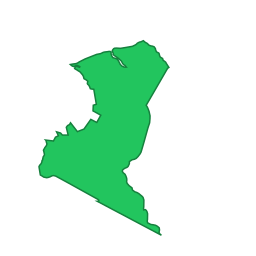 Kinabatangan, Sabah, Malaysia (Equal Earth projection), rotated 299°
{"feature_id": "92858781B11608738367966", "entity_name": "Kinabatangan", "entity_type": "district", "adm_level": 2, "iso_a3": "MYS", "parent_name": "Malaysia", "parent_adm1": "Sabah", "projection": "equal_earth", "projection_center": [118.123, 5.328], "detail": "fine", "context": "isolated", "style": "filled", "palette": "green", "viewbox_px": 256, "rotation_deg": 299, "n_neighbors": 0, "source": "geoboundaries", "source_scale": "gbopen_adm2", "svg_char_len": 2761}
<svg xmlns="http://www.w3.org/2000/svg" viewBox="0 0 256 256"><g transform="rotate(299 128 128)"><path d="M211.3,101.4L211.8,99.1L209.6,97.5L208.8,96.5L208.3,96.1L206.6,95.0L205.5,94.8L204.3,94.2L201.6,92.3L197.5,87.2L194.1,82.9L193.5,81.7L192.3,79.2L191.3,77.6L190.4,77.0L188.4,76.7L187.6,77.0L186.8,78.0L185.9,79.1L185.1,79.3L184.7,81.1L184.6,83.0L184.2,86.2L183.4,89.6L182.9,90.5L182.0,91.7L181.3,93.4L181.3,94.9L180.4,97.0L180.0,96.3L179.4,95.2L179.3,93.9L179.2,92.7L179.5,91.6L180.0,90.2L180.8,89.1L181.5,88.0L182.4,86.6L182.9,85.4L182.9,83.8L182.5,82.1L182.2,80.6L182.8,79.4L183.6,78.3L184.4,77.4L185.9,76.6L186.4,75.7L185.9,74.4L185.0,73.3L184.1,72.1L183.2,70.8L182.1,69.6L181.2,69.0L179.7,67.9L177.2,64.9L167.6,57.0L162.0,53.2L160.4,52.4L159.1,51.3L158.2,50.1L157.1,48.6L155.6,46.8L155.2,48.4L155.2,49.7L155.4,50.8L156.6,51.7L157.4,52.2L158.3,53.5L158.3,54.7L158.3,56.1L157.6,56.2L157.4,55.3L157.3,54.1L157.0,53.2L156.5,52.5L155.7,52.3L154.1,52.5L153.8,58.9L152.4,62.6L151.5,64.0L149.8,65.6L149.8,68.2L149.4,70.2L147.3,70.8L146.8,71.4L146.3,73.2L145.0,75.0L144.1,76.0L144.4,77.2L145.3,79.3L133.4,88.8L131.1,86.6L126.0,89.1L126.0,98.0L117.7,98.0L117.5,91.3L105.7,90.0L100.3,85.5L104.7,75.2L102.8,75.2L101.7,74.6L100.9,74.0L98.7,73.7L92.8,79.1L90.0,74.0L90.9,71.5L90.6,70.0L90.0,67.4L87.5,70.9L84.8,69.0L80.5,69.1L77.5,61.8L77.3,62.4L76.8,62.8L75.8,63.7L74.8,64.8L74.1,65.0L73.2,65.1L72.6,65.1L72.0,65.0L70.7,64.8L69.6,64.8L68.8,64.8L67.6,64.8L66.5,65.9L65.1,67.1L64.5,67.6L63.7,68.0L62.7,67.9L61.7,67.8L60.0,68.3L58.4,68.8L57.9,68.6L56.2,69.2L54.8,69.3L52.5,68.8L51.0,68.9L48.7,70.7L44.4,74.1L44.4,75.6L44.2,78.1L45.1,81.0L46.1,82.2L47.5,83.5L49.3,84.7L50.3,85.9L50.9,88.1L51.0,101.9L51.0,136.5L50.7,137.5L49.6,137.7L49.0,136.7L50.4,209.2L50.8,207.1L51.8,205.7L54.1,205.0L55.8,203.7L56.3,201.4L56.3,199.3L55.6,197.0L54.7,194.7L54.6,191.1L55.9,189.9L57.4,189.4L62.5,186.7L64.0,185.2L64.8,183.9L65.0,182.7L64.0,181.4L65.0,180.7L66.7,180.0L69.7,178.4L71.2,177.6L72.7,176.8L74.6,174.8L75.1,173.4L75.5,171.2L75.9,169.2L75.9,167.0L75.5,165.0L75.9,162.0L77.6,160.5L78.1,156.9L79.1,154.2L80.2,152.9L81.9,152.2L83.4,151.2L85.0,149.4L86.1,147.8L86.5,145.5L87.3,144.1L88.7,143.6L90.0,144.1L91.6,145.0L92.9,146.1L94.3,146.7L97.4,146.5L99.3,145.5L102.2,147.0L103.8,148.8L105.4,149.9L107.8,150.6L111.1,151.1L113.2,151.1L116.0,150.5L123.0,148.9L137.7,145.4L143.0,144.4L146.8,142.7L149.3,141.4L152.8,138.3L154.3,136.5L155.5,135.0L156.7,132.9L199.4,133.7L200.8,134.4L202.2,131.8L203.0,130.3L203.8,129.1L204.1,127.6L204.2,126.0L205.6,124.5L205.6,122.9L205.8,121.5L207.0,120.2L208.0,119.3L208.5,118.5L208.4,116.0L209.7,114.3L210.8,113.4L211.7,111.4L211.4,109.6L210.9,108.2L210.6,106.2L211.3,103.9L211.3,101.4Z" fill="#22c55e" stroke="#15803d" stroke-width="1.5"/></g></svg>